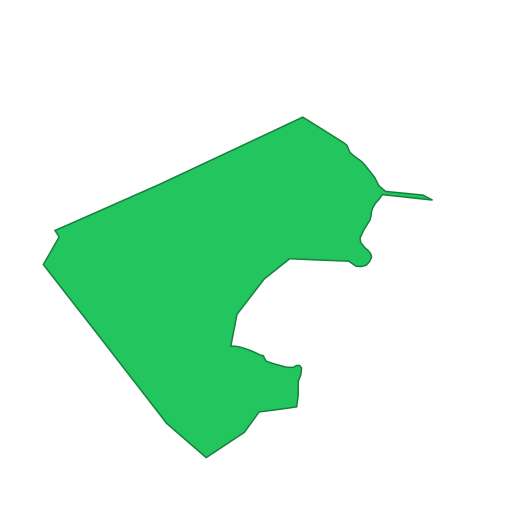 the district of Campo Alegre do Fidalgo, Piauí, Brazil, rotated 52°
{"feature_id": "56859067B37876647351724", "entity_name": "Campo Alegre do Fidalgo", "entity_type": "district", "adm_level": 2, "iso_a3": "BRA", "parent_name": "Brazil", "parent_adm1": "Piauí", "projection": "natural_earth1", "projection_center": [-41.776, -8.244], "detail": "fine", "context": "isolated", "style": "filled", "palette": "green", "viewbox_px": 512, "rotation_deg": 52, "n_neighbors": 0, "source": "geoboundaries", "source_scale": "gbopen_adm2", "svg_char_len": 1092}
<svg xmlns="http://www.w3.org/2000/svg" viewBox="0 0 512 512"><g transform="rotate(52 256 256)"><path d="M220.9,117.1L184.2,130.4L175.3,133.7L172.0,148.4L146.5,260.0L144.3,269.7L139.3,291.2L116.8,380.4L112.1,398.7L119.8,399.4L131.8,428.8L141.1,428.9L144.6,428.9L147.4,428.9L221.8,429.0L325.2,429.4L332.9,429.5L384.2,419.4L387.8,373.8L380.8,349.6L396.5,322.9L399.9,316.8L391.2,308.0L380.9,299.9L377.2,293.8L372.4,289.1L369.1,289.0L367.3,291.4L366.7,295.2L362.5,300.4L352.9,307.6L348.7,310.5L345.1,312.7L341.9,312.3L339.1,311.6L336.6,313.7L329.7,317.0L325.7,319.4L320.5,322.8L317.9,324.7L314.6,327.6L311.5,331.3L290.3,306.9L279.2,263.7L278.9,231.1L294.0,213.5L317.2,186.1L325.6,183.5L329.0,179.7L331.1,175.0L330.4,170.4L328.2,165.7L325.1,164.3L321.1,164.2L315.7,165.2L309.6,165.1L305.8,162.8L301.8,154.9L297.6,143.6L295.0,140.5L292.4,137.9L289.9,134.4L288.0,129.4L286.9,123.4L285.4,118.7L320.6,82.5L310.7,87.0L284.8,114.2L276.4,115.9L267.2,114.1L261.7,114.1L250.3,114.2L246.3,114.7L237.0,117.3L232.2,118.2L224.8,116.2L220.9,117.1Z" fill="#22c55e" stroke="#15803d" stroke-width="1.5"/></g></svg>